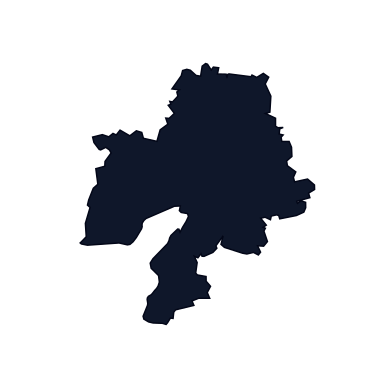 an SVG outline of Namur, rotated 22°
{"feature_id": "BEL-3476", "entity_name": "Namur", "entity_type": "Province", "adm_level": 1, "iso_a3": "BEL", "parent_name": "Belgium", "parent_adm1": "", "projection": "albers", "projection_center": [4.867, 50.216], "detail": "fine", "context": "isolated", "style": "filled", "palette": "ink", "viewbox_px": 384, "rotation_deg": 22, "n_neighbors": 0, "source": "natural_earth", "source_scale": "10m", "svg_char_len": 2444}
<svg xmlns="http://www.w3.org/2000/svg" viewBox="0 0 384 384"><g transform="rotate(22 192 192)"><path d="M189.6,215.0L187.3,214.0L186.4,209.3L181.0,211.8L159.3,233.8L158.1,236.3L157.5,239.4L158.0,241.3L158.8,242.9L159.0,245.0L157.4,255.1L156.0,260.2L154.1,263.8L151.9,265.2L143.4,266.6L114.9,280.5L108.9,281.6L107.4,281.1L108.0,279.8L110.7,273.1L104.9,261.0L103.3,244.5L100.0,243.3L99.2,238.1L99.1,225.5L101.8,220.1L94.1,206.4L101.5,200.8L99.9,196.2L102.4,186.1L99.6,183.9L95.3,182.9L91.5,187.2L90.0,187.3L82.6,182.9L79.3,178.3L87.4,172.4L94.2,172.0L96.8,167.3L100.4,167.5L102.1,161.6L113.3,163.2L117.5,156.1L123.1,155.6L126.8,160.4L140.5,158.2L139.2,146.3L144.2,138.2L140.0,133.3L143.2,132.3L146.2,125.7L137.5,120.5L139.5,118.5L137.5,116.3L140.2,115.8L143.0,108.4L140.5,105.0L142.1,102.1L134.8,103.9L138.5,88.3L137.8,82.9L141.2,80.2L144.8,79.7L152.1,82.4L156.6,81.4L154.3,71.5L156.5,67.8L158.5,67.7L164.1,71.7L165.0,68.2L170.2,66.8L171.4,73.1L179.5,70.0L181.8,73.3L181.0,69.7L182.0,68.7L203.6,63.0L203.8,61.1L209.1,61.5L213.7,55.3L220.1,56.8L219.4,64.4L229.2,73.6L234.3,88.8L230.6,91.7L241.8,92.3L244.8,99.7L247.6,100.2L252.4,98.0L249.7,100.6L251.1,105.6L255.1,105.0L254.1,107.8L256.3,111.5L263.1,108.8L267.5,113.2L271.3,121.6L268.1,127.8L270.6,131.9L280.7,134.5L280.5,140.4L283.3,144.2L294.3,136.7L302.9,139.6L304.7,143.7L300.5,149.4L303.4,153.1L292.5,161.4L294.0,163.0L296.5,159.4L301.2,159.0L303.3,164.0L303.2,168.8L297.6,174.7L283.4,184.0L281.2,181.3L279.0,181.5L274.5,184.6L275.1,188.3L269.2,188.0L265.5,190.6L273.3,194.9L271.1,198.1L273.6,198.1L273.3,201.3L280.5,209.7L278.7,215.4L272.9,217.3L278.1,222.1L277.1,225.5L271.6,225.0L266.1,228.9L261.8,229.8L242.8,231.2L238.5,229.7L237.3,220.8L234.3,233.0L236.1,234.8L234.0,240.2L227.3,247.1L225.4,247.8L223.5,245.9L222.1,250.8L218.2,250.7L223.2,255.5L225.8,265.8L228.0,266.9L236.7,265.1L238.5,269.4L244.5,272.5L243.8,279.5L248.2,283.9L238.0,288.0L232.8,293.0L236.2,296.4L220.9,307.4L220.1,310.2L221.8,316.3L219.2,317.0L218.3,322.4L217.6,324.5L213.8,324.8L205.0,328.0L200.4,328.7L195.0,327.9L193.2,325.5L193.2,313.7L192.7,311.8L190.7,308.5L190.3,306.9L190.7,305.0L192.5,302.8L193.2,301.2L194.3,297.3L195.3,294.7L195.8,291.9L195.5,287.8L192.3,282.0L182.7,278.0L179.9,273.6L180.8,268.5L188.7,249.0L188.9,245.6L188.5,243.0L188.8,240.1L192.6,231.7L193.8,231.4L196.0,233.8L196.5,228.2L197.6,221.7L197.9,216.1L196.0,213.7L189.6,215.0Z" fill="#0f172a" stroke="#020617" stroke-width="1.5"/></g></svg>